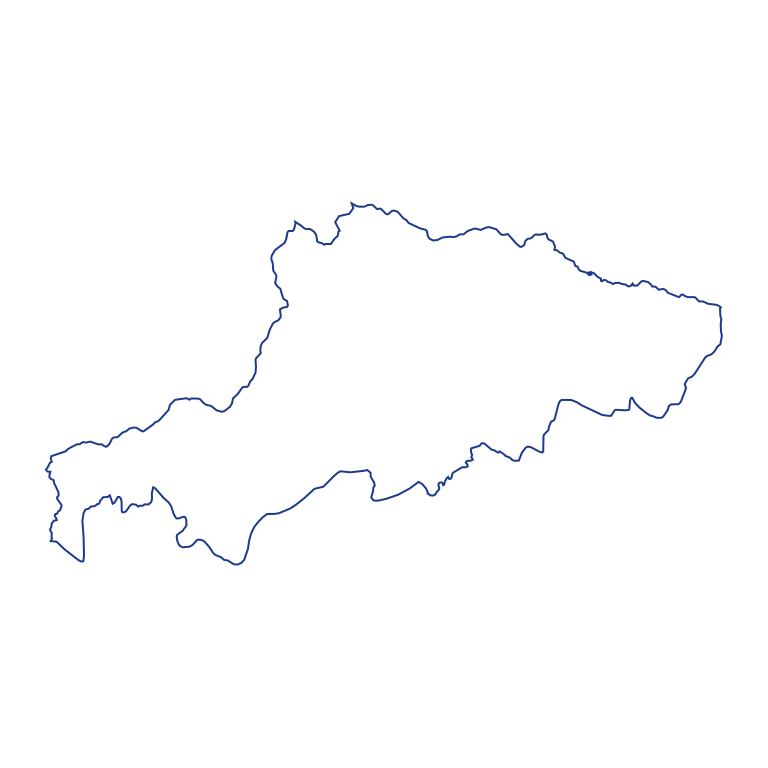 Bagata, Bandundu, Democratic Republic of the Congo
{"feature_id": "63176286B20425932648522", "entity_name": "Bagata", "entity_type": "district", "adm_level": 2, "iso_a3": "COD", "parent_name": "Democratic Republic of the Congo", "parent_adm1": "Bandundu", "projection": "mercator", "projection_center": [17.479, -3.93], "detail": "fine", "context": "isolated", "style": "outline", "palette": "blue", "viewbox_px": 768, "rotation_deg": 0, "n_neighbors": 0, "source": "geoboundaries", "source_scale": "gbopen_adm2", "svg_char_len": 6064}
<svg xmlns="http://www.w3.org/2000/svg" viewBox="0 0 768 768"><path d="M720.9,307.3L717.0,304.9L708.1,303.8L703.4,301.6L698.9,301.3L695.3,297.5L693.9,297.1L688.0,297.1L685.6,296.4L682.6,294.5L681.2,294.8L679.5,296.9L678.6,297.0L667.9,292.8L665.7,290.1L663.3,288.9L658.9,289.7L655.4,286.7L652.2,286.5L651.3,284.8L648.0,282.0L643.3,281.0L641.6,281.3L637.1,285.6L633.5,285.6L632.7,283.6L630.5,286.1L628.3,286.4L625.5,284.5L621.7,284.0L619.2,282.8L615.0,283.0L613.3,284.0L609.8,282.3L608.1,282.0L605.6,280.1L603.8,280.0L602.0,281.3L601.0,280.8L601.0,278.7L597.4,276.7L593.9,273.2L591.2,272.3L590.8,272.7L591.4,274.6L589.1,275.1L588.2,274.2L589.0,273.8L589.7,272.3L587.7,273.0L579.8,270.6L578.1,268.2L577.6,266.6L575.3,265.9L573.8,261.6L565.4,257.9L563.5,254.4L562.3,253.3L560.3,252.9L556.8,250.2L554.4,249.8L555.0,246.5L553.0,241.6L548.6,239.4L547.5,237.9L546.7,234.6L545.4,233.4L541.3,234.5L537.7,234.8L536.1,234.3L534.2,235.2L532.0,237.5L529.9,238.6L527.7,238.8L525.5,240.8L524.1,245.2L521.4,246.9L519.8,246.6L516.2,243.5L507.9,234.1L503.7,234.9L501.1,234.5L496.3,229.3L489.3,227.1L486.7,227.4L480.7,229.9L474.7,228.5L467.9,230.9L463.6,234.3L459.5,234.4L456.7,236.4L453.1,237.1L450.4,236.7L442.7,237.4L437.4,240.0L433.1,240.5L429.6,238.7L427.9,236.2L426.9,231.2L425.9,229.9L420.2,228.4L408.6,223.0L406.6,220.3L403.3,218.2L397.6,211.7L393.4,210.5L391.9,211.0L388.1,214.2L386.4,214.2L381.1,209.0L379.9,208.6L377.0,209.1L373.2,205.4L371.6,204.8L367.9,205.0L364.6,206.6L359.7,206.7L356.2,206.0L351.7,203.4L353.3,208.1L349.3,213.8L339.1,216.1L335.2,222.2L339.7,230.7L338.5,231.5L337.8,235.8L334.0,239.4L330.9,244.0L325.5,244.0L324.4,244.8L321.6,243.0L319.2,242.6L317.2,241.4L316.2,234.8L313.9,231.6L310.0,229.0L306.0,229.1L303.9,228.1L301.1,225.6L295.3,221.9L295.6,223.2L293.9,229.7L292.5,231.0L288.6,231.0L287.4,232.4L286.4,238.5L284.6,242.9L275.0,250.1L271.6,255.9L271.3,258.9L272.8,263.6L273.2,270.4L276.2,275.2L276.4,276.9L275.1,283.0L277.7,286.7L280.3,288.7L283.0,298.0L284.0,299.2L287.0,301.0L287.9,305.4L287.1,306.9L282.8,307.7L279.9,309.5L280.8,315.9L280.5,317.5L278.2,320.4L274.3,322.2L272.7,323.9L269.6,330.0L267.3,337.9L262.1,342.9L260.7,346.2L260.3,350.5L260.8,353.1L256.0,358.4L255.5,360.0L256.0,366.9L255.5,372.8L252.5,379.0L250.3,381.2L248.3,385.8L247.2,386.8L243.3,387.0L242.0,387.9L237.7,394.0L233.0,398.4L231.9,403.6L229.8,406.9L224.6,411.0L222.0,411.8L216.8,410.4L210.8,405.8L206.3,404.9L203.2,402.7L200.2,399.3L198.1,398.6L191.1,398.5L189.4,399.7L186.5,398.2L176.0,399.7L174.8,400.0L170.0,404.8L168.6,409.9L159.5,420.0L157.9,421.3L155.2,422.3L152.8,424.7L143.5,431.3L142.2,431.3L136.0,427.6L132.9,427.7L129.6,428.5L126.3,431.1L122.4,432.6L117.6,437.1L113.3,437.6L112.0,438.7L109.7,443.5L107.0,446.5L105.7,446.7L103.6,445.8L101.9,444.3L98.3,444.4L90.3,441.6L85.7,442.6L83.1,442.0L79.7,444.2L76.6,444.4L71.2,447.2L67.5,449.4L65.7,451.3L51.3,456.2L50.8,458.5L51.7,461.9L50.1,462.6L47.3,468.0L46.1,469.2L46.1,470.0L47.8,471.6L50.4,471.8L49.4,475.0L49.5,477.4L50.7,478.8L53.6,480.2L54.1,482.9L58.5,492.4L58.6,495.7L57.2,497.0L57.0,498.4L61.5,505.1L61.5,506.3L60.0,510.2L58.0,511.7L57.0,513.8L55.4,514.1L54.9,514.7L54.7,515.6L56.6,519.1L56.7,520.2L54.0,520.7L51.7,523.4L51.3,527.1L49.9,529.7L51.8,533.1L51.5,536.6L52.0,538.3L50.7,541.1L56.6,541.7L64.6,549.4L77.2,559.2L80.4,561.2L82.7,561.6L83.4,560.9L84.0,555.3L83.6,537.9L82.4,520.6L83.6,513.0L85.4,509.6L88.7,508.7L90.8,506.6L94.1,506.2L96.0,505.4L97.2,504.1L98.5,504.0L99.3,503.3L100.1,500.8L103.3,497.2L107.7,497.0L109.8,495.3L112.7,503.7L114.6,502.6L117.8,497.0L119.5,497.0L120.8,498.5L121.6,501.7L121.7,510.7L122.3,512.2L124.2,512.3L126.1,511.2L130.2,505.4L132.2,504.1L136.1,504.7L138.2,506.6L139.3,505.8L142.7,505.7L144.7,504.4L148.6,504.4L151.1,502.2L152.0,499.2L151.9,493.0L153.2,487.3L155.1,488.2L163.5,497.8L168.7,502.5L171.2,506.3L173.6,513.9L175.7,517.6L176.5,518.4L178.6,518.4L183.4,516.8L184.6,516.9L185.4,517.6L186.3,520.1L186.4,525.6L182.7,530.7L177.1,534.9L176.7,536.1L177.1,540.3L178.7,544.3L180.0,546.0L182.5,547.3L189.4,546.7L192.5,545.0L197.4,539.7L200.8,539.8L204.1,541.1L209.3,547.0L213.0,552.8L215.2,554.9L220.8,557.1L224.2,559.9L227.7,560.4L233.7,564.2L237.4,564.6L241.3,563.0L244.3,559.6L247.9,549.0L249.2,540.5L251.1,533.5L254.3,526.9L258.1,522.1L262.8,517.2L267.2,514.0L274.5,513.9L279.0,513.2L290.4,508.4L296.3,504.5L304.4,498.0L313.9,489.3L315.2,488.6L323.4,486.7L333.8,476.2L337.6,472.9L340.5,471.3L350.4,472.3L364.0,470.8L367.2,470.0L370.6,472.8L370.7,476.7L374.1,482.5L374.7,485.9L373.4,487.4L373.0,491.6L371.2,497.4L373.1,500.0L374.6,500.7L378.5,500.6L386.7,498.7L398.2,494.7L409.3,488.7L418.7,481.9L422.3,484.1L426.1,488.6L427.5,491.7L427.7,493.7L428.6,493.9L430.2,495.3L433.0,495.6L435.6,494.3L436.5,492.2L438.6,490.1L439.3,488.1L438.4,485.0L438.9,483.3L439.9,482.6L441.7,482.4L442.4,482.9L443.2,485.2L444.0,484.9L445.0,481.4L446.4,478.6L448.1,477.0L449.0,478.8L450.3,479.0L451.6,477.3L452.3,473.8L453.4,472.5L462.0,467.3L465.8,467.2L467.7,466.3L467.4,464.7L465.8,462.5L466.3,461.6L467.2,460.9L471.1,460.6L472.8,459.6L471.4,457.1L472.1,454.9L471.1,452.3L470.8,449.1L471.6,448.2L479.5,445.9L481.7,443.3L484.1,443.3L491.6,449.7L494.7,450.5L497.1,452.2L498.4,452.6L499.5,451.4L503.4,453.8L505.5,455.9L509.9,457.7L512.1,459.8L514.7,460.8L518.8,460.6L521.8,452.9L525.7,447.7L527.9,446.6L530.9,447.2L540.0,452.0L542.5,452.4L543.2,451.4L543.5,436.0L544.1,434.5L548.3,430.2L549.0,426.8L551.0,421.7L553.7,420.5L554.8,418.7L558.2,405.1L559.8,401.3L561.6,399.9L571.3,400.0L576.6,402.1L581.9,405.4L602.0,414.9L608.6,415.9L611.2,415.7L614.4,410.7L615.6,409.8L625.4,410.3L628.8,409.9L629.3,409.2L630.1,400.2L631.3,397.8L632.3,397.9L635.1,403.0L639.6,407.7L646.8,413.4L650.3,415.6L653.0,416.2L656.3,417.7L661.0,417.9L663.1,416.7L667.5,410.4L668.7,406.4L669.8,405.2L671.3,404.4L678.5,404.2L680.8,402.0L686.1,388.1L684.8,384.5L685.2,383.0L688.2,378.3L692.0,376.6L694.8,373.6L705.1,357.7L706.8,356.1L711.5,354.3L714.5,351.4L717.7,346.3L720.4,344.3L721.9,335.9L721.0,331.3L720.7,324.6L721.3,319.3L720.4,316.1L720.0,308.8L720.9,307.3Z" fill="none" stroke="#1e3a8a" stroke-width="2"/></svg>